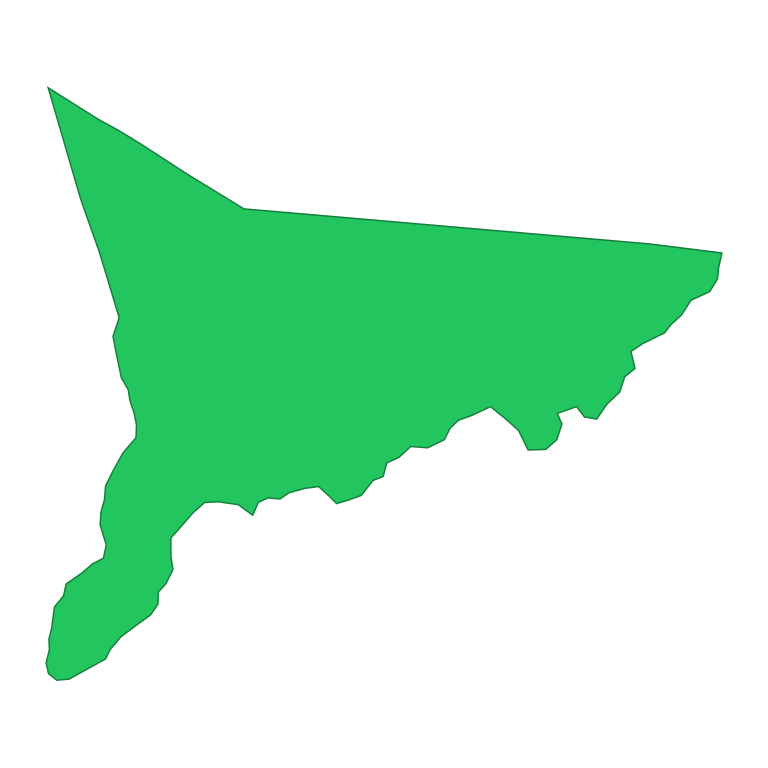 the district of Bela Vista do Maranhão, Maranhão, Brazil
{"feature_id": "56859067B77541531950227", "entity_name": "Bela Vista do Maranhão", "entity_type": "district", "adm_level": 2, "iso_a3": "BRA", "parent_name": "Brazil", "parent_adm1": "Maranhão", "projection": "albers", "projection_center": [-45.274, -3.767], "detail": "fine", "context": "isolated", "style": "filled", "palette": "green", "viewbox_px": 768, "rotation_deg": 0, "n_neighbors": 0, "source": "geoboundaries", "source_scale": "gbopen_adm2", "svg_char_len": 1373}
<svg xmlns="http://www.w3.org/2000/svg" viewBox="0 0 768 768"><path d="M118.9,130.6L98.4,119.4L48.2,87.8L80.4,198.2L83.7,207.8L99.5,252.4L119.2,317.7L113.0,336.2L115.2,348.0L121.4,377.9L128.2,389.7L129.9,400.5L134.3,413.8L136.5,425.2L136.0,437.7L123.1,452.7L112.8,471.3L105.6,486.0L104.5,499.6L101.0,511.9L100.1,524.9L106.3,545.0L103.4,558.2L92.7,563.7L82.0,572.9L66.2,583.9L63.6,595.7L54.4,607.1L51.6,628.4L48.9,639.2L49.4,649.5L46.1,662.9L48.5,673.6L56.8,680.2L69.1,679.1L83.3,671.2L105.6,658.9L110.2,649.5L120.7,637.0L135.8,625.6L150.5,615.0L157.9,604.3L158.4,592.0L165.8,583.9L173.0,569.4L170.9,556.4L170.9,537.8L178.1,529.9L193.2,512.6L204.6,502.5L218.6,501.8L238.3,504.7L252.7,515.2L258.4,502.3L268.1,497.9L279.9,499.0L288.9,492.8L304.6,488.4L318.6,486.5L329.1,496.1L336.6,503.6L348.4,500.1L361.3,495.4L372.9,480.5L383.2,476.4L386.7,463.0L399.0,457.3L410.8,446.5L427.7,447.8L444.3,439.7L450.2,428.1L458.5,420.2L471.4,415.6L490.5,406.6L506.3,419.5L518.7,430.7L528.1,450.0L545.7,449.4L556.8,439.7L561.9,424.2L557.3,413.4L576.5,406.6L584.4,416.9L596.7,419.1L607.0,404.0L619.7,392.1L624.7,376.8L635.0,368.4L631.0,351.5L642.7,343.6L655.1,337.5L664.5,332.9L670.9,324.6L681.6,314.9L691.0,300.2L709.7,291.6L717.5,278.9L718.6,267.7L721.9,253.0L650.1,244.0L244.0,208.9L189.9,175.8L170.8,163.5L141.1,144.2L118.9,130.6Z" fill="#22c55e" stroke="#15803d" stroke-width="1.5"/></svg>